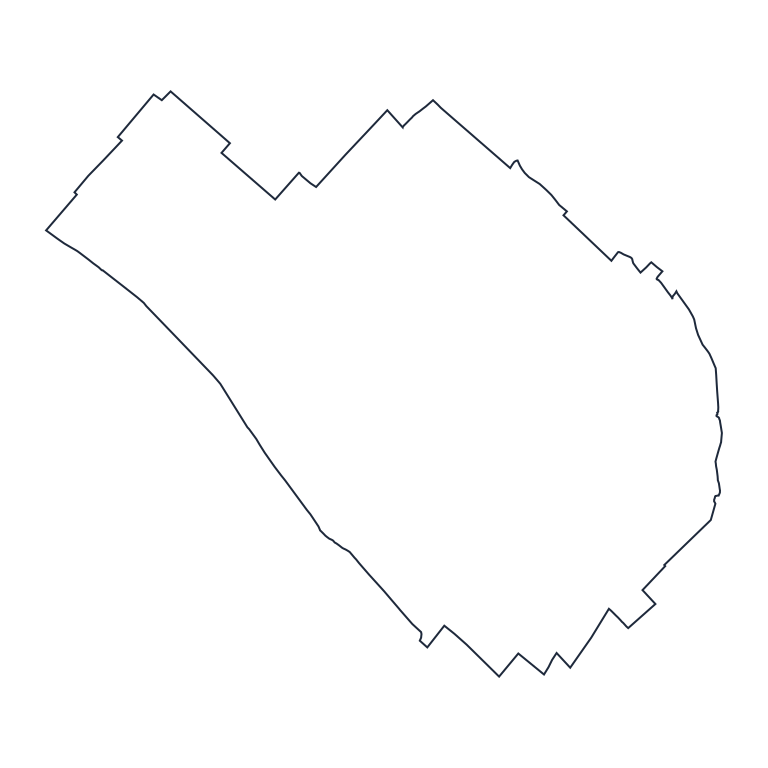 outline of Viisoara, Botosani, Romania
{"feature_id": "2599482B94706495539971", "entity_name": "Viisoara", "entity_type": "district", "adm_level": 2, "iso_a3": "ROU", "parent_name": "Romania", "parent_adm1": "Botosani", "projection": "orthographic", "projection_center": [26.762, 48.16], "detail": "fine", "context": "isolated", "style": "outline", "palette": "slate", "viewbox_px": 768, "rotation_deg": 0, "n_neighbors": 0, "source": "geoboundaries", "source_scale": "gbopen_adm2", "svg_char_len": 3396}
<svg xmlns="http://www.w3.org/2000/svg" viewBox="0 0 768 768"><path d="M570.2,667.7L591.2,637.7L608.9,608.8L611.2,610.8L615.7,615.3L618.1,617.6L620.8,620.5L621.9,621.8L623.2,622.9L625.0,624.9L626.4,626.5L627.1,627.1L628.2,628.1L655.4,604.0L642.5,590.1L665.2,566.1L664.3,565.0L710.8,520.0L715.4,503.7L714.8,502.5L714.1,501.3L714.2,499.5L714.7,498.3L715.1,496.5L715.5,496.0L716.4,495.9L717.7,495.5L718.6,495.6L719.2,494.3L719.9,492.6L720.0,490.4L719.8,489.5L719.4,486.7L718.9,483.3L717.8,480.1L717.8,479.5L717.8,479.0L717.7,477.7L717.6,476.3L716.8,469.8L716.1,466.3L715.8,463.4L715.5,461.6L716.2,458.9L717.8,453.2L719.3,448.0L720.1,445.6L720.5,444.1L721.1,442.2L721.2,440.7L721.9,433.0L721.3,429.3L721.0,427.4L720.6,425.0L720.1,422.1L720.0,420.9L719.8,420.2L719.4,419.3L719.2,418.7L719.1,418.1L718.6,417.4L717.7,416.8L717.3,416.6L716.6,416.2L716.5,415.8L716.5,415.2L717.1,414.6L717.4,414.2L717.5,413.9L717.4,413.5L717.1,412.8L717.2,412.6L717.6,412.3L718.0,412.0L718.2,411.6L718.1,411.2L718.1,410.5L718.2,409.8L718.3,407.3L718.2,405.6L718.1,403.6L717.2,391.7L716.7,383.9L716.2,375.0L715.7,368.2L714.6,365.7L713.3,362.6L711.5,358.3L709.4,353.7L707.9,351.5L705.0,347.7L702.6,344.7L701.0,341.2L698.1,334.9L696.0,328.2L694.2,319.5L692.9,316.5L688.9,309.4L677.4,293.4L676.4,291.3L675.8,292.3L675.0,293.6L673.8,295.1L673.0,296.0L672.6,296.9L672.4,297.9L672.5,299.2L672.0,297.8L670.3,295.3L668.0,292.4L661.1,282.8L658.4,279.9L657.9,279.9L656.8,279.3L656.6,278.8L657.4,277.2L658.0,276.4L660.5,273.5L662.4,271.3L656.9,267.1L651.3,262.3L650.0,263.4L646.2,267.4L640.5,272.6L637.3,268.6L633.3,263.3L632.7,261.4L632.2,259.1L631.4,257.9L629.9,257.0L627.2,255.9L623.6,254.4L620.9,252.8L618.9,252.0L618.0,252.2L614.1,257.2L611.4,260.8L563.5,215.3L566.9,211.4L559.2,205.0L555.1,199.6L551.3,194.9L546.2,189.9L539.7,184.0L533.7,180.2L529.0,177.2L524.8,173.0L522.1,169.4L519.9,165.7L517.6,160.5L516.5,160.7L515.5,161.2L514.3,161.9L513.4,163.1L512.0,165.1L510.2,168.1L443.9,110.5L440.7,107.7L437.9,104.8L433.0,100.2L425.8,106.5L423.0,108.6L419.7,111.2L415.7,113.9L413.0,116.2L412.0,117.5L409.9,119.5L407.2,122.3L405.1,124.4L404.0,125.4L403.4,126.2L402.8,126.9L402.7,127.4L387.3,110.2L374.8,123.6L345.5,154.7L316.1,187.0L310.5,183.3L301.8,176.0L299.6,172.9L298.9,172.7L275.2,199.5L221.5,152.9L229.9,143.2L170.6,91.4L161.8,100.2L153.6,94.5L117.8,137.1L122.0,140.6L103.1,160.6L88.4,175.7L74.5,192.3L76.8,194.6L46.1,230.4L56.9,238.3L60.0,240.5L64.3,243.5L68.4,245.9L71.3,247.6L74.8,249.6L77.3,251.1L79.9,253.0L84.9,256.8L88.7,259.7L93.2,263.3L96.1,265.4L98.7,267.3L101.3,269.8L102.0,270.3L102.4,270.4L102.7,270.3L126.4,288.8L137.1,297.2L143.8,302.9L146.3,306.1L171.2,331.9L213.0,375.3L220.3,383.8L247.4,427.3L249.1,429.1L256.3,439.0L259.6,444.6L264.7,452.7L274.6,466.8L281.2,475.5L285.2,480.5L306.9,510.0L310.4,514.3L318.5,526.5L320.0,530.0L320.1,530.4L321.0,531.2L323.0,533.2L324.1,534.3L325.3,535.6L326.9,536.9L329.3,538.7L331.8,539.8L333.1,540.6L334.7,542.5L336.5,543.5L339.0,545.3L342.3,547.9L343.6,548.6L345.6,549.5L347.7,550.7L349.7,552.0L354.5,557.7L356.2,559.5L358.8,562.8L363.2,567.9L369.2,574.8L374.2,580.3L384.0,591.1L392.0,600.5L399.2,608.9L399.8,609.7L412.3,624.0L421.1,632.1L421.5,634.1L421.1,637.7L419.8,640.7L427.3,647.4L444.3,625.7L454.4,633.8L466.7,644.7L499.1,676.6L518.3,653.5L544.0,674.5L548.5,667.2L552.1,659.9L554.9,655.6L556.6,653.0L570.2,667.7Z" fill="none" stroke="#1e293b" stroke-width="2"/></svg>